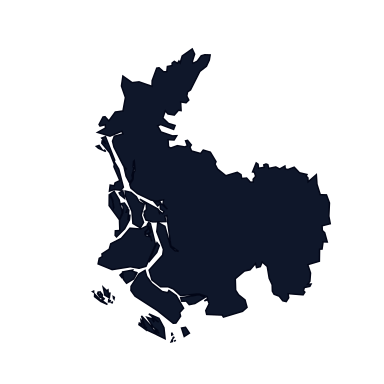 Barisal, Barisal, Bangladesh, rotated 161°
{"feature_id": "16705992B66943755852345", "entity_name": "Barisal", "entity_type": "district", "adm_level": 2, "iso_a3": "BGD", "parent_name": "Bangladesh", "parent_adm1": "Barisal", "projection": "robinson", "projection_center": [90.343, 22.763], "detail": "fine", "context": "isolated", "style": "filled", "palette": "ink", "viewbox_px": 384, "rotation_deg": 161, "n_neighbors": 0, "source": "geoboundaries", "source_scale": "gbopen_adm2", "svg_char_len": 6063}
<svg xmlns="http://www.w3.org/2000/svg" viewBox="0 0 384 384"><g transform="rotate(161 192 192)"><path d="M145.2,327.2L157.0,323.8L161.2,317.9L161.7,320.1L163.8,318.4L166.2,321.3L168.8,320.4L169.6,318.0L174.4,318.7L176.7,313.9L179.8,315.0L182.7,320.2L185.0,320.6L193.4,310.3L195.4,304.9L206.2,313.4L213.0,314.9L219.6,324.1L224.2,315.2L224.2,303.0L230.9,291.1L238.5,292.6L247.5,286.3L249.7,291.5L251.7,291.9L257.9,286.1L257.5,284.3L252.2,283.9L252.9,280.7L261.9,279.1L251.3,271.5L238.5,272.3L238.4,269.4L247.3,270.0L250.6,266.0L251.2,259.8L248.3,239.1L246.2,234.6L248.2,237.2L249.2,228.3L248.1,221.2L243.8,224.0L243.3,227.4L239.5,233.1L239.4,235.2L237.3,240.0L236.4,240.4L238.8,230.9L241.5,228.5L243.4,223.3L248.4,219.3L248.5,215.6L244.1,208.3L233.5,197.8L228.8,195.0L221.4,193.9L223.3,190.1L220.8,183.6L224.4,190.2L226.1,190.5L227.5,186.3L224.7,182.7L226.8,181.1L229.1,184.9L229.8,181.2L229.6,186.8L243.7,202.3L239.3,195.2L240.8,190.2L243.6,189.0L244.4,185.3L245.0,186.5L244.7,180.5L238.8,176.5L226.3,172.5L225.6,178.0L223.5,178.0L229.5,148.0L223.9,140.1L227.3,142.0L230.0,147.1L228.8,168.4L234.3,174.4L238.2,166.0L237.7,147.0L240.3,141.9L258.0,132.1L258.5,121.9L252.5,112.6L245.5,110.2L241.1,106.3L236.5,97.8L218.8,93.5L212.0,88.4L211.9,86.1L215.8,85.0L212.3,85.0L212.1,80.8L217.6,75.4L218.0,71.5L203.5,65.8L203.0,63.5L183.1,62.7L177.5,65.0L177.0,72.7L181.4,79.6L182.7,84.9L179.3,95.9L168.2,100.2L162.5,99.5L155.2,103.7L155.6,99.5L151.7,99.2L148.4,103.0L145.1,97.1L147.1,85.3L146.4,78.2L148.3,72.1L147.7,68.6L143.5,65.1L141.6,59.6L138.6,57.7L135.0,60.5L134.2,64.6L120.4,58.6L117.9,60.6L118.8,62.3L116.9,65.1L111.3,64.4L109.4,66.2L112.6,67.2L109.6,69.2L106.3,76.8L106.2,85.6L94.1,85.1L90.0,96.4L87.6,95.7L84.3,102.2L80.4,100.7L79.8,110.3L81.3,113.2L80.0,117.7L71.6,117.0L70.5,124.6L65.6,136.9L65.8,145.5L71.6,147.7L71.3,158.7L68.8,167.9L78.9,163.8L77.8,167.7L78.9,169.9L77.6,171.1L84.1,175.2L87.3,182.2L93.9,182.0L96.3,183.4L95.7,186.3L101.6,185.2L104.6,188.4L111.7,189.3L111.4,193.2L112.9,194.4L115.3,194.3L115.6,191.8L121.3,192.8L120.5,196.8L121.8,198.6L128.2,191.3L126.6,190.4L126.7,186.1L130.0,184.2L130.7,181.5L133.6,182.2L135.8,187.4L140.6,188.6L140.0,192.5L142.8,195.9L154.7,196.4L160.4,205.5L161.2,210.8L159.4,212.9L161.7,223.7L167.7,228.0L171.3,225.6L179.1,231.0L179.3,235.2L177.3,236.7L179.4,242.3L181.4,242.5L181.3,237.3L184.0,236.9L190.8,240.6L197.8,240.5L199.5,242.4L197.6,249.3L192.0,247.0L188.1,250.2L192.2,251.4L201.8,258.9L203.0,265.8L199.7,266.0L189.0,257.2L186.3,260.4L191.9,264.5L195.5,271.5L190.8,277.5L189.3,273.6L183.7,270.5L178.2,273.7L175.8,272.5L173.4,280.9L168.6,278.3L165.1,280.0L165.7,284.4L163.6,288.1L160.2,289.0L145.3,303.5L137.4,306.2L132.7,311.1L130.2,315.7L135.2,317.6L138.9,317.8L144.4,314.0L149.0,313.3L149.2,315.3L144.6,321.5L145.2,327.2ZM304.2,154.6L292.8,144.6L274.6,141.4L266.9,137.1L259.7,136.7L243.6,154.3L241.6,175.9L242.9,177.3L244.8,175.8L243.3,169.5L244.1,167.4L247.3,165.8L245.6,163.4L246.0,158.4L246.1,163.5L249.5,165.0L250.4,167.3L249.4,169.7L245.0,172.1L245.4,174.7L252.4,173.6L262.4,178.0L273.9,171.2L285.7,169.5L288.9,164.9L297.3,162.8L297.9,160.1L301.3,159.5L304.2,154.6ZM237.8,84.8L240.6,99.1L245.9,106.4L247.7,104.7L252.6,107.6L259.8,118.6L262.3,127.0L261.9,133.2L268.9,131.7L280.3,122.7L281.8,118.8L279.8,112.1L263.2,91.0L252.5,74.0L249.9,73.3L246.1,76.1L243.2,78.3L242.9,82.0L237.8,84.8ZM256.3,210.0L255.1,193.3L258.1,181.5L252.5,174.9L247.7,179.0L247.6,186.6L241.3,195.8L245.2,200.1L246.2,205.7L249.8,211.5L254.9,214.7L256.3,210.0ZM271.0,216.8L274.8,206.1L269.6,189.2L264.6,195.4L263.4,208.5L265.4,218.0L270.1,216.6L269.5,210.4L271.0,202.7L271.5,202.2L270.0,209.8L271.0,216.8ZM269.8,188.8L272.8,179.1L277.1,180.3L278.8,176.0L278.0,174.1L267.7,179.1L260.2,186.0L258.0,190.8L260.4,187.4L261.8,186.1L257.6,195.5L258.3,197.3L260.4,194.1L260.8,194.3L257.9,197.8L259.5,203.6L262.6,204.0L261.8,200.7L264.4,194.4L269.8,188.8ZM271.7,68.5L265.2,62.0L262.7,72.8L264.4,83.3L272.5,90.8L265.8,79.8L270.3,85.3L270.1,81.0L271.9,85.7L275.4,88.2L272.6,77.1L269.1,71.7L271.7,73.9L269.8,71.9L269.1,68.8L271.7,72.8L271.7,68.5ZM269.8,219.7L264.8,219.7L258.6,216.8L255.3,218.9L253.8,237.5L255.5,245.3L257.6,241.3L256.5,226.3L261.7,225.7L263.6,223.2L267.1,225.2L269.8,219.7ZM231.3,86.4L225.6,85.6L214.1,88.1L218.7,92.5L237.1,95.7L237.3,92.1L233.0,90.7L231.3,86.4ZM283.6,127.0L275.4,128.8L269.8,134.0L272.9,132.4L271.4,134.5L274.2,136.5L273.4,137.5L283.6,139.0L285.2,131.6L283.6,127.0ZM261.4,267.5L257.0,255.9L256.5,245.3L254.7,247.2L255.8,272.5L259.8,272.4L258.1,268.1L257.8,265.5L259.6,269.3L260.4,267.7L260.1,270.1L261.4,267.5ZM272.2,69.1L274.5,78.8L280.1,91.3L280.1,79.9L278.9,78.0L280.2,79.1L280.4,77.0L272.2,69.1ZM241.6,155.5L255.9,139.7L245.0,146.3L240.4,151.9L241.6,155.5ZM246.2,66.8L246.4,57.9L240.4,59.4L242.2,66.2L246.2,66.8ZM308.0,122.8L304.6,118.8L302.2,123.7L305.1,120.0L303.3,126.8L304.8,126.4L307.0,130.8L308.0,122.8ZM244.4,172.0L249.0,169.3L249.7,166.9L244.5,167.4L244.4,172.0ZM261.2,214.9L260.8,212.7L258.0,208.2L257.0,215.7L261.2,214.9ZM231.0,195.3L229.0,190.0L225.1,191.6L225.4,193.1L231.0,195.3ZM313.8,118.1L308.6,113.2L313.1,119.8L312.7,117.3L317.3,127.1L318.2,124.8L313.8,118.1ZM280.8,77.3L281.1,86.2L281.9,87.7L283.3,81.0L280.8,77.3ZM313.4,122.7L309.5,119.4L311.3,122.0L310.1,123.7L311.6,128.2L311.6,125.0L313.9,125.4L312.8,128.4L314.4,126.7L313.4,122.7ZM267.6,266.3L266.2,263.8L263.1,260.9L264.7,266.3L267.6,266.3ZM287.2,136.9L286.0,133.5L285.5,133.3L284.6,138.0L287.2,136.9ZM306.7,115.3L305.5,114.9L304.6,115.9L305.8,117.2L306.7,115.3ZM283.8,81.6L284.0,84.6L284.5,85.2L285.4,83.8L283.8,81.6ZM300.5,118.7L300.8,117.0L300.6,116.2L299.7,117.7L300.5,118.7ZM257.7,63.3L256.7,63.4L257.0,65.6L257.7,63.3ZM311.6,120.4L311.7,118.8L310.2,119.4L311.6,120.4ZM260.5,57.1L259.2,57.0L258.5,59.0L259.0,58.7L260.5,57.1ZM302.7,114.3L304.1,113.6L303.6,113.2L302.7,114.3ZM260.4,258.4L261.0,260.0L262.1,260.0L260.4,258.4ZM317.6,129.2L317.3,130.3L318.4,130.2L317.6,129.2ZM255.9,60.8L257.1,60.5L257.8,59.6L255.9,60.8ZM257.5,56.8L255.5,57.0L257.6,56.8L257.5,56.8Z" fill="#0f172a" stroke="#020617" stroke-width="1.5"/></g></svg>